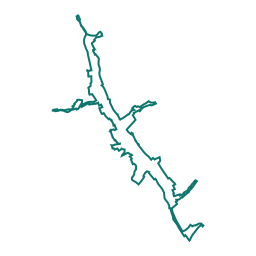 outline of Balan, Harghita, Romania
{"feature_id": "2599482B6539282890609", "entity_name": "Balan", "entity_type": "district", "adm_level": 2, "iso_a3": "ROU", "parent_name": "Romania", "parent_adm1": "Harghita", "projection": "orthographic", "projection_center": [25.807, 46.657], "detail": "fine", "context": "isolated", "style": "outline", "palette": "teal", "viewbox_px": 256, "rotation_deg": 0, "n_neighbors": 0, "source": "geoboundaries", "source_scale": "gbopen_adm2", "svg_char_len": 5764}
<svg xmlns="http://www.w3.org/2000/svg" viewBox="0 0 256 256"><path d="M79.1,19.8L80.0,19.2L79.0,17.4L78.5,15.8L78.0,15.4L76.7,16.3L77.1,16.9L77.2,17.4L77.0,17.7L77.1,18.2L76.9,18.6L77.2,19.3L77.6,19.4L78.1,20.3L78.4,20.2L79.1,21.2L80.0,22.4L80.4,23.3L80.6,24.4L81.1,25.9L82.5,27.3L83.7,29.6L86.0,33.0L86.0,34.7L84.8,37.1L84.0,40.0L84.2,43.4L85.9,48.3L87.5,51.6L88.0,55.1L90.0,63.7L90.5,66.4L91.4,70.2L90.8,70.2L90.8,70.5L88.6,70.9L87.3,70.2L87.1,70.3L87.1,70.6L88.2,71.4L88.3,75.5L88.4,76.5L91.3,76.3L91.4,82.3L90.5,83.4L90.7,84.8L90.4,86.3L89.6,86.6L88.3,87.9L88.9,89.3L89.0,92.6L89.1,93.4L89.6,94.7L90.9,94.3L92.2,94.2L92.6,95.2L93.2,95.7L94.1,97.1L95.0,98.3L96.2,100.5L94.7,101.3L93.3,101.8L92.0,101.9L90.0,101.8L87.3,102.2L84.3,103.7L83.2,104.0L81.8,104.7L80.5,105.7L80.4,105.1L80.9,104.7L81.0,104.3L81.8,102.8L82.1,101.4L81.9,100.1L78.1,99.7L77.2,99.9L77.0,101.0L74.3,103.7L74.7,104.5L72.7,106.1L73.6,106.5L73.0,107.9L72.1,108.8L71.0,109.4L68.9,109.3L66.0,109.8L64.9,110.2L60.5,109.7L57.5,110.3L57.2,109.2L53.5,109.8L52.8,110.2L52.7,110.6L53.3,110.8L54.8,110.8L55.2,111.0L55.3,111.2L55.6,111.2L56.0,111.0L56.7,111.1L59.0,110.6L59.7,110.1L63.7,110.7L65.7,111.7L67.5,112.2L68.9,111.6L71.2,110.1L73.1,109.0L73.3,109.5L75.8,108.6L77.0,108.7L77.1,108.9L77.0,109.4L77.8,109.1L78.7,108.3L79.5,106.8L79.5,106.4L81.2,106.1L81.5,107.0L85.2,105.0L85.0,104.7L87.4,103.7L88.7,103.4L88.8,104.2L89.7,104.0L89.8,104.5L91.4,104.1L93.1,104.1L93.2,103.7L93.8,103.7L93.8,103.9L95.3,103.8L95.2,103.5L96.7,103.3L98.2,102.7L98.7,104.8L99.1,105.6L100.5,104.9L100.5,105.0L101.2,104.8L102.3,107.2L100.7,107.8L99.4,108.0L99.4,108.3L100.6,111.5L101.8,113.9L102.2,114.0L103.7,113.1L104.7,114.6L105.6,116.2L108.6,119.2L109.4,118.7L109.6,119.3L110.7,119.4L111.5,120.1L111.2,120.6L111.8,121.0L112.0,121.7L112.9,122.9L113.2,123.8L113.5,125.5L114.6,124.9L115.5,127.5L116.4,129.2L114.6,130.1L113.5,129.4L112.5,129.8L110.6,129.8L109.9,131.4L111.0,131.7L111.2,133.2L112.8,137.1L112.6,137.2L113.8,138.9L114.7,140.3L115.0,140.6L115.5,140.2L117.6,143.3L119.3,143.7L119.9,143.6L119.8,144.0L116.0,144.4L112.6,145.4L111.5,145.3L112.2,146.5L112.3,147.9L112.5,148.4L113.8,148.3L114.5,149.6L117.4,148.5L118.9,150.8L119.5,150.3L120.6,149.8L121.6,148.6L122.5,149.1L124.6,149.5L124.5,152.1L124.0,152.9L122.1,155.2L121.9,155.8L127.9,152.7L130.4,154.4L131.5,154.6L132.0,155.1L129.8,156.6L131.1,157.8L131.8,158.7L130.9,159.6L131.8,161.4L132.7,164.1L133.8,163.6L135.6,165.1L136.3,166.7L135.8,168.1L136.2,169.1L135.1,170.6L134.5,171.7L134.1,174.4L133.0,176.4L131.9,177.7L131.8,178.5L132.1,179.9L134.8,181.6L135.8,182.1L138.6,184.4L142.2,179.9L144.2,176.9L143.4,176.1L143.6,175.6L145.1,173.0L145.9,172.3L146.7,171.4L148.0,171.6L148.9,172.0L148.6,172.3L149.2,173.4L154.2,179.4L155.3,178.7L156.1,179.8L158.1,183.8L162.3,189.1L163.6,191.8L164.0,192.6L164.6,198.5L167.9,202.9L169.2,205.6L169.3,208.2L170.9,208.3L170.6,209.5L171.4,212.3L172.9,216.5L173.3,219.5L177.2,224.6L177.8,226.0L178.4,227.1L183.9,235.8L184.3,236.3L184.6,236.1L185.4,235.2L189.4,240.6L190.2,239.7L190.4,238.8L191.4,236.7L192.7,234.6L198.5,227.2L201.1,225.1L201.8,225.4L202.6,226.4L203.3,225.5L201.4,223.8L200.8,223.5L200.4,223.6L199.3,223.6L198.6,223.7L197.0,224.8L195.9,225.0L195.6,225.4L193.8,225.5L192.5,226.3L190.4,224.8L188.4,227.6L185.4,230.2L182.5,231.5L176.1,220.4L172.7,212.7L172.1,210.3L172.1,208.1L177.1,204.0L176.4,202.7L175.7,201.9L176.0,201.4L177.0,201.0L176.4,199.8L177.6,199.8L178.5,199.6L179.3,199.3L181.6,197.3L182.1,197.6L183.7,196.3L185.1,194.7L185.3,194.9L186.4,193.8L188.6,192.3L189.7,190.3L191.5,188.6L191.0,188.3L191.9,186.3L192.8,186.9L194.7,184.1L196.9,181.2L195.5,180.3L194.8,180.9L194.1,181.6L192.8,183.5L192.0,184.1L190.9,185.9L188.8,187.8L187.9,189.9L186.3,191.7L186.1,191.4L183.9,192.6L184.0,193.1L182.3,194.7L182.2,194.5L180.0,195.5L179.8,194.4L175.7,195.6L175.0,196.0L173.9,196.1L173.4,193.6L173.9,193.4L172.5,190.0L174.8,189.1L173.1,185.6L175.2,184.3L174.7,183.3L173.3,182.2L170.1,178.6L169.2,177.9L168.2,178.5L161.4,168.5L158.2,163.3L160.2,160.8L159.6,157.2L155.2,159.1L154.7,159.5L152.9,158.0L151.2,159.7L148.7,156.6L146.4,154.8L143.6,151.8L138.2,144.8L138.7,144.4L138.5,144.1L138.0,144.4L137.1,142.9L135.7,141.0L135.8,140.9L135.7,140.7L135.6,140.8L135.4,140.6L134.0,137.1L132.9,135.4L133.1,135.2L132.8,134.5L132.8,134.0L132.7,133.4L131.9,133.3L131.6,132.9L131.1,133.6L131.2,133.8L131.0,134.2L128.1,131.8L127.4,130.6L126.7,129.8L127.4,128.8L135.5,119.9L134.6,118.2L132.8,115.2L134.1,113.6L133.8,112.9L138.6,110.5L139.1,110.4L139.8,111.2L140.5,110.5L140.0,109.8L140.6,109.3L141.7,108.1L142.1,108.5L143.1,107.5L143.9,107.0L145.1,106.7L146.0,106.1L150.2,104.9L150.6,104.8L151.1,105.4L152.6,105.1L154.9,104.0L155.9,103.6L155.5,102.9L155.0,102.2L152.8,102.7L151.6,102.6L149.4,102.0L148.7,101.2L145.9,103.3L144.0,104.2L139.7,107.1L138.1,106.3L136.6,107.0L135.2,105.9L133.7,106.6L132.3,108.2L134.2,109.9L133.2,110.2L132.0,110.2L132.1,110.4L130.2,112.1L129.3,113.9L129.0,114.1L128.6,114.4L128.4,114.2L127.2,115.0L125.8,116.1L122.4,118.4L121.3,118.8L120.4,119.6L119.7,119.4L119.6,118.8L117.8,115.2L117.6,114.4L117.2,114.5L113.9,110.5L113.1,109.2L110.0,102.7L109.9,99.5L108.0,99.2L107.4,96.2L104.4,88.8L103.3,87.0L102.6,86.1L101.6,85.4L102.9,84.3L99.7,76.0L99.4,74.2L99.4,72.5L99.9,69.5L99.7,68.0L98.6,64.6L98.5,63.4L98.7,60.1L98.9,58.8L98.2,57.5L95.5,54.2L95.0,54.6L93.0,50.8L93.1,50.1L93.8,50.3L94.0,50.2L94.3,49.7L94.1,48.6L94.4,48.7L93.3,46.8L91.9,43.7L92.0,43.1L92.5,42.5L93.2,42.2L94.8,40.7L94.1,40.0L96.2,37.4L98.6,37.0L100.5,36.5L102.2,35.8L102.0,35.5L102.0,35.2L101.6,34.8L101.9,34.1L101.9,33.8L100.4,31.8L99.0,32.4L98.5,32.9L97.6,34.3L96.1,35.5L93.8,35.7L90.9,35.5L89.0,35.0L86.6,34.0L85.8,31.7L82.9,27.5L81.7,26.2L80.9,24.8L79.8,21.5L79.7,20.8L79.1,19.8Z" fill="none" stroke="#0f766e" stroke-width="2"/></svg>